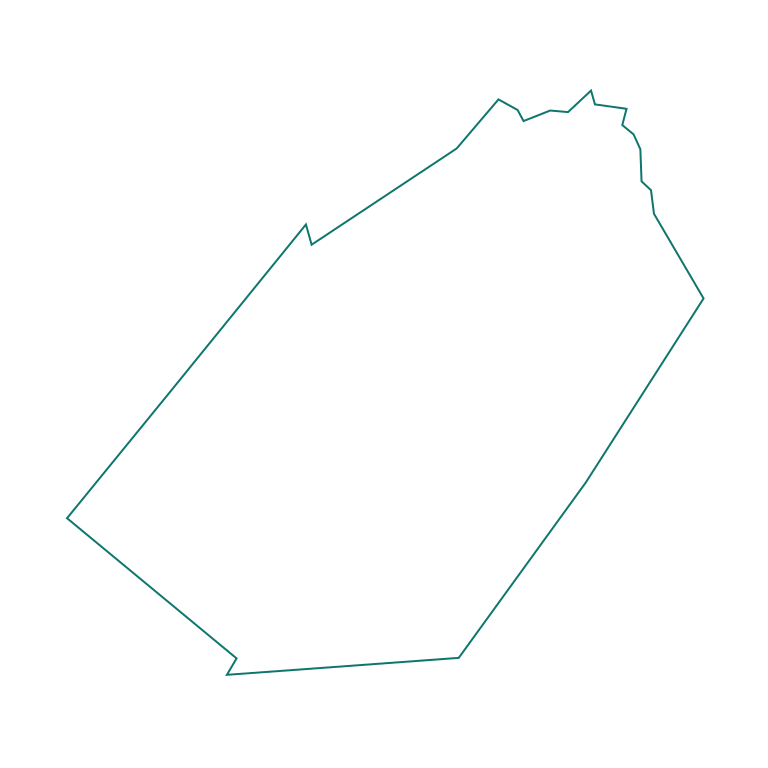 Fayette, Texas, United States of America, rotated 357°
{"feature_id": "52423323B10356189909314", "entity_name": "Fayette", "entity_type": "district", "adm_level": 2, "iso_a3": "USA", "parent_name": "United States of America", "parent_adm1": "Texas", "projection": "natural_earth1", "projection_center": [-96.849, 29.896], "detail": "fine", "context": "isolated", "style": "outline", "palette": "teal", "viewbox_px": 768, "rotation_deg": 357, "n_neighbors": 0, "source": "geoboundaries", "source_scale": "gbopen_adm2", "svg_char_len": 475}
<svg xmlns="http://www.w3.org/2000/svg" viewBox="0 0 768 768"><g transform="rotate(357 384 384)"><path d="M62.2,499.5L60.4,501.4L222.4,650.3L211.9,666.2L444.3,661.4L580.3,493.0L707.6,315.3L662.5,228.1L660.8,204.5L651.8,195.1L652.3,163.0L646.3,147.8L635.5,137.9L640.6,121.9L609.3,115.8L606.1,101.8L582.0,122.1L564.3,119.6L537.1,128.7L531.8,117.4L513.2,105.8L468.9,152.6L319.0,241.1L314.4,220.6L167.5,383.4L62.2,499.5Z" fill="none" stroke="#0f766e" stroke-width="2"/></g></svg>